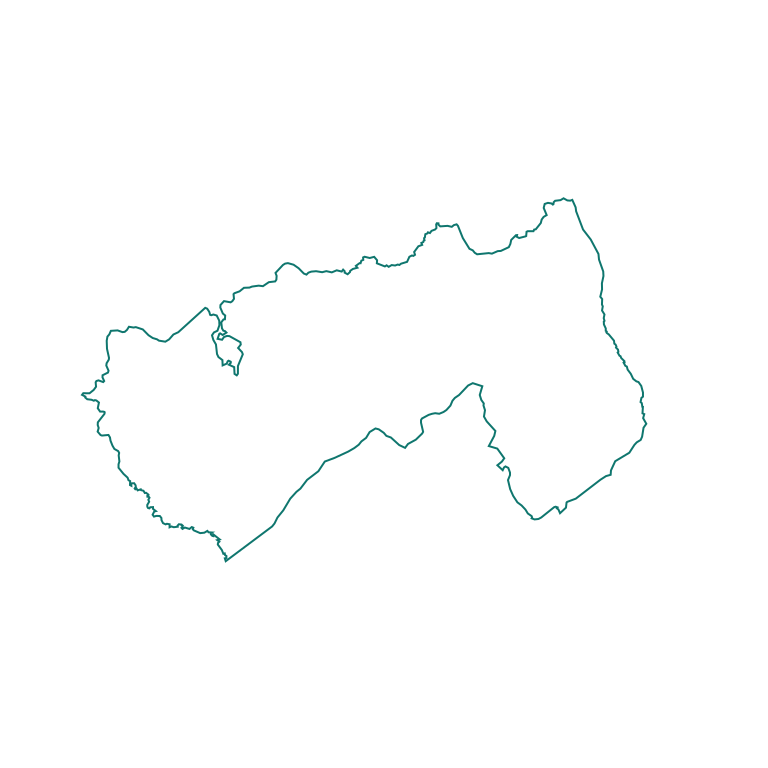 the district of Kaliua, Tabora, United Republic of Tanzania, rotated 51°
{"feature_id": "72390352B29601163251764", "entity_name": "Kaliua", "entity_type": "district", "adm_level": 2, "iso_a3": "TZA", "parent_name": "United Republic of Tanzania", "parent_adm1": "Tabora", "projection": "albers", "projection_center": [31.783, -4.945], "detail": "fine", "context": "isolated", "style": "outline", "palette": "teal", "viewbox_px": 768, "rotation_deg": 51, "n_neighbors": 0, "source": "geoboundaries", "source_scale": "gbopen_adm2", "svg_char_len": 6153}
<svg xmlns="http://www.w3.org/2000/svg" viewBox="0 0 768 768"><g transform="rotate(51 384 384)"><path d="M294.4,241.4L293.4,240.6L292.3,241.8L292.8,243.0L295.8,245.1L296.1,247.0L294.9,250.7L295.6,253.3L293.8,254.4L294.3,255.5L293.6,257.6L295.8,260.0L295.9,261.1L297.8,262.1L297.5,262.8L298.4,264.1L297.9,266.2L299.9,266.8L298.6,270.6L300.4,277.5L303.1,278.6L302.9,280.6L301.7,281.4L301.1,284.2L303.6,289.2L301.2,295.1L301.2,297.1L299.8,298.2L298.9,300.8L296.4,303.2L295.9,306.6L293.4,307.3L293.2,309.3L285.7,313.6L283.5,311.5L279.0,311.6L277.1,315.8L272.9,319.0L272.5,320.6L274.5,322.0L273.9,324.0L275.4,326.2L274.7,326.9L274.5,331.5L276.9,331.5L275.0,335.8L274.8,339.1L275.6,340.0L275.8,343.2L272.7,344.5L271.6,343.6L269.4,343.8L270.0,346.1L265.9,349.2L264.4,354.3L260.0,357.8L258.2,361.7L253.6,365.8L250.9,369.8L249.9,372.7L250.2,375.4L247.7,376.8L240.3,377.5L234.4,379.2L229.6,382.6L228.2,385.1L227.9,387.6L229.4,398.4L232.4,399.4L235.2,402.0L235.8,404.0L232.4,409.4L231.8,416.5L228.7,419.5L225.2,425.3L224.4,427.9L221.1,432.3L221.1,437.9L219.3,443.2L219.5,444.4L223.4,447.0L224.2,449.8L224.0,451.8L218.9,456.2L219.7,461.4L221.6,463.1L227.8,464.9L230.8,464.3L233.6,466.9L232.8,468.1L233.7,471.7L238.8,474.9L241.5,475.3L242.8,474.3L244.9,474.1L244.4,478.5L241.5,479.5L241.4,480.5L244.2,484.9L247.7,482.0L246.8,478.8L247.8,475.8L249.5,474.0L261.2,469.3L263.2,470.5L264.2,474.7L269.8,474.3L272.0,475.0L278.1,486.2L284.1,491.1L284.6,493.0L282.1,493.8L276.6,489.8L271.4,492.4L271.1,489.7L270.2,489.1L268.1,490.1L268.0,491.2L269.2,493.4L268.0,497.7L263.7,494.5L258.9,495.7L255.6,494.9L247.5,489.7L242.4,488.9L237.9,487.0L236.9,483.7L237.8,479.9L234.7,474.9L231.1,472.2L225.5,470.9L222.6,472.9L221.8,475.0L220.8,475.6L218.0,474.4L214.2,474.0L212.3,475.0L214.3,511.3L213.0,516.5L214.1,522.9L213.5,527.3L208.7,531.6L206.4,532.3L202.7,534.8L197.9,536.3L189.8,537.1L183.6,541.1L182.5,543.1L179.0,546.2L180.2,549.7L180.3,552.7L179.1,554.6L174.7,557.3L170.8,562.8L172.6,566.3L173.1,569.1L175.9,572.3L182.3,577.1L190.7,581.3L191.9,582.6L193.3,586.5L194.9,588.2L200.3,589.7L201.4,591.3L200.1,597.2L201.7,598.6L205.6,599.6L205.8,601.0L201.5,603.6L200.7,605.6L201.2,607.0L204.9,609.5L205.9,613.3L205.9,618.7L201.9,623.5L202.4,625.5L205.9,624.0L206.5,624.7L209.1,624.2L212.2,621.2L214.4,620.0L214.6,618.8L215.8,617.9L219.0,617.2L222.7,621.7L226.8,622.0L228.6,619.7L229.8,618.8L230.5,619.1L231.3,620.1L233.7,630.5L235.7,632.3L238.6,633.4L240.8,636.5L245.3,636.4L246.6,635.6L250.2,630.2L253.1,630.6L255.9,632.2L261.0,633.8L264.8,634.4L268.9,632.8L270.9,633.2L272.5,635.1L277.7,638.4L279.3,640.8L282.0,643.0L289.9,643.0L295.4,642.2L298.0,643.1L299.7,642.4L302.7,645.0L304.1,644.4L302.1,643.0L303.9,640.6L306.4,640.8L307.7,641.6L308.3,643.5L309.3,643.5L309.5,642.1L311.6,642.4L312.8,639.3L313.6,639.6L315.6,638.1L318.2,638.5L318.8,637.4L321.2,636.8L321.9,636.8L321.9,638.2L322.7,638.8L323.6,637.8L324.8,637.8L325.7,640.0L327.7,640.6L329.0,644.1L330.5,645.2L331.9,645.4L333.0,644.6L332.7,643.2L334.3,641.0L335.7,642.1L339.2,641.3L338.5,642.8L340.0,646.1L342.3,646.2L343.2,644.0L345.5,641.3L348.0,641.3L349.8,642.6L353.1,643.3L355.7,642.0L356.0,640.7L358.1,638.9L360.4,640.8L360.9,638.9L363.0,637.5L365.1,634.1L364.2,633.6L363.9,631.7L365.8,629.8L367.2,629.6L367.1,630.3L368.8,630.4L368.5,631.9L369.8,631.8L370.2,629.1L374.2,626.4L374.2,623.4L375.7,622.6L376.5,624.0L378.1,623.9L384.2,620.7L386.5,617.2L387.0,613.7L388.8,613.7L391.0,611.3L390.8,612.4L391.9,613.2L394.0,613.0L394.8,612.4L393.4,611.3L401.4,609.5L400.4,611.8L402.9,611.2L403.1,613.1L404.2,614.2L411.0,614.5L414.9,615.7L415.4,614.4L417.0,615.2L418.5,614.7L420.0,616.0L419.3,617.4L422.1,618.5L424.3,560.6L423.5,556.9L420.7,550.8L418.8,541.8L414.1,529.0L412.7,519.9L412.7,514.8L410.1,504.1L410.5,489.9L407.0,478.8L410.3,469.0L414.0,454.4L415.1,447.4L415.3,441.8L414.4,437.7L414.6,431.8L412.3,425.4L413.2,418.6L415.9,416.6L421.8,414.9L425.8,414.8L429.9,412.3L441.0,410.6L446.9,407.8L445.7,403.1L447.3,394.3L446.5,385.5L445.8,383.7L437.4,379.6L435.3,377.9L434.7,376.2L436.1,368.7L437.4,365.4L438.9,362.6L441.9,359.8L443.2,355.4L443.5,351.9L442.6,346.0L440.1,341.3L439.4,337.7L439.8,332.6L438.1,319.6L439.2,314.5L447.6,309.0L452.8,316.5L457.6,318.4L461.9,318.7L463.3,320.2L467.9,322.0L472.2,326.8L477.7,327.7L490.6,327.0L493.7,331.0L498.2,341.6L505.5,336.6L517.4,337.3L518.5,341.2L518.5,347.0L525.7,346.0L524.4,343.3L524.5,341.5L527.4,340.2L532.1,341.8L534.1,343.4L536.7,348.1L545.1,352.1L552.2,354.0L559.9,354.8L565.0,353.5L570.6,353.1L575.1,353.7L579.6,352.4L580.9,352.9L581.3,353.8L584.0,352.2L586.1,348.9L586.7,345.8L586.8,329.3L587.4,327.8L589.1,326.8L589.4,327.9L591.2,327.4L595.2,328.5L594.6,320.4L591.0,316.7L590.9,315.8L593.8,307.1L594.6,276.0L595.3,269.4L597.2,265.0L594.0,262.0L589.5,252.9L591.8,236.6L588.9,227.7L588.4,224.3L589.0,219.7L587.4,216.6L581.3,209.8L580.0,205.2L573.6,204.1L571.2,200.7L569.5,201.6L564.7,197.2L564.3,197.6L561.1,195.7L559.5,196.0L556.8,192.7L556.8,190.7L553.6,188.1L547.4,185.3L542.6,185.0L540.8,186.2L536.8,187.1L531.4,185.8L526.1,185.6L523.3,184.3L521.7,185.0L519.1,184.5L518.8,183.8L518.1,184.2L517.6,182.8L513.1,183.3L511.2,182.7L510.3,183.2L506.6,182.6L506.5,181.6L504.5,180.5L501.7,180.8L501.2,179.8L499.1,179.2L497.6,179.6L495.1,178.0L486.9,178.1L484.8,178.7L483.9,178.7L483.4,177.9L482.2,178.2L480.4,176.7L476.1,175.6L473.8,173.9L473.7,172.9L471.1,171.8L468.7,168.9L464.1,168.3L461.3,165.1L459.4,164.6L455.3,161.0L452.3,161.0L447.7,155.0L442.9,151.3L438.2,145.5L434.5,142.8L422.6,138.6L417.9,135.5L401.8,132.4L389.2,132.1L370.7,126.0L367.3,123.9L359.4,121.8L358.7,123.9L356.7,126.0L352.7,127.6L352.2,131.1L349.3,135.7L349.5,137.7L350.9,139.2L350.8,139.9L349.1,140.2L346.4,142.6L345.2,145.8L347.7,149.1L355.1,151.3L354.6,154.8L355.4,157.9L357.6,160.9L359.3,168.7L358.5,170.1L359.3,171.7L355.7,176.1L355.4,177.4L358.5,180.4L358.3,181.2L355.6,187.1L353.0,188.2L352.0,186.9L351.4,187.8L352.1,194.5L354.7,197.7L356.2,200.9L354.1,209.5L352.3,212.0L350.6,218.1L348.2,220.2L341.8,230.0L339.1,230.9L336.0,230.9L332.7,232.5L320.2,230.9L307.6,227.0L305.6,227.1L304.5,229.7L304.5,232.4L301.1,235.1L296.9,241.1L294.4,241.4Z" fill="none" stroke="#0f766e" stroke-width="2"/></g></svg>